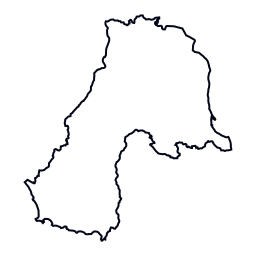 Nicoya, Guanacaste, Costa Rica (Robinson projection)
{"feature_id": "36466004B54508558874137", "entity_name": "Nicoya", "entity_type": "district", "adm_level": 2, "iso_a3": "CRI", "parent_name": "Costa Rica", "parent_adm1": "Guanacaste", "projection": "robinson", "projection_center": [-85.463, 10.103], "detail": "fine", "context": "isolated", "style": "outline", "palette": "ink", "viewbox_px": 256, "rotation_deg": 0, "n_neighbors": 0, "source": "geoboundaries", "source_scale": "gbopen_adm2", "svg_char_len": 5823}
<svg xmlns="http://www.w3.org/2000/svg" viewBox="0 0 256 256"><path d="M207.7,61.2L205.9,58.7L205.0,58.2L203.2,56.2L198.8,52.7L194.9,52.0L193.1,50.6L192.8,50.3L193.1,45.7L193.6,43.8L194.9,41.2L194.6,39.9L189.5,36.9L186.2,35.4L182.4,28.5L174.0,26.3L166.9,26.0L166.1,26.4L164.9,29.4L163.4,29.4L162.8,29.2L162.1,28.4L162.0,26.7L161.6,26.2L160.8,25.8L158.1,26.1L155.9,24.9L155.1,23.8L155.1,22.3L155.9,21.8L156.7,23.8L157.2,23.6L158.1,21.1L157.1,19.9L159.3,18.6L159.2,17.4L155.2,17.8L153.5,19.3L152.0,19.7L151.1,19.7L149.1,19.1L146.0,19.5L145.2,18.6L143.5,17.5L142.7,15.4L140.4,15.5L139.3,16.5L136.6,16.6L136.2,18.0L135.1,18.9L134.4,20.2L134.4,22.7L134.2,23.0L133.6,23.0L132.3,22.4L131.0,19.9L130.2,19.9L129.6,20.8L128.9,21.1L129.1,22.0L129.7,22.8L129.5,23.6L128.7,23.7L127.9,24.9L127.0,25.3L125.9,24.4L124.3,24.1L123.6,22.4L121.2,22.4L120.3,21.2L118.8,21.2L118.0,20.5L114.7,20.5L113.2,19.5L111.4,19.6L110.3,19.9L107.7,21.5L105.9,21.3L105.4,22.6L105.5,24.4L106.2,26.0L107.7,27.6L107.8,28.3L107.0,30.3L107.2,33.7L107.6,35.9L109.2,38.0L109.2,40.1L109.0,41.4L106.4,48.4L106.1,50.2L105.9,55.4L105.3,56.2L105.1,56.9L104.4,56.8L104.0,57.1L102.9,59.2L102.8,60.1L102.9,61.7L105.1,65.2L105.3,66.7L104.7,67.5L103.9,68.0L101.5,68.2L99.7,69.3L98.5,69.3L98.2,69.7L97.4,69.8L94.2,73.2L94.4,76.3L94.1,77.5L94.1,80.0L93.0,82.0L91.9,85.5L91.0,86.6L90.9,90.0L90.4,91.1L87.7,94.2L87.0,96.4L85.9,97.6L85.2,99.0L84.2,99.8L83.7,100.9L82.5,101.2L81.2,102.5L79.7,104.7L78.8,105.3L78.6,106.5L77.6,106.9L73.2,111.7L72.4,112.9L70.7,113.9L70.5,116.1L68.4,116.5L65.3,119.3L65.0,122.0L64.7,122.6L65.3,125.9L66.6,126.1L67.0,125.8L67.5,125.8L68.1,126.7L68.3,127.8L68.2,128.9L67.7,129.5L67.7,130.0L68.3,131.6L68.8,134.7L68.0,136.1L68.6,138.0L67.7,138.6L66.9,138.6L66.1,139.8L66.2,140.7L67.0,141.0L66.8,141.8L67.5,142.9L67.5,144.1L66.2,144.2L65.5,145.5L64.3,145.2L62.4,146.1L60.8,146.4L60.6,149.4L59.3,150.5L57.8,150.3L56.0,149.1L55.3,149.1L54.3,149.8L54.4,151.4L53.3,153.3L53.2,154.9L52.7,155.6L52.9,156.4L53.4,156.8L53.4,157.4L52.8,158.5L51.9,159.2L50.2,161.8L49.1,162.9L48.8,166.5L47.9,167.3L46.4,168.0L44.2,170.0L41.3,170.6L39.4,170.3L39.1,171.0L39.1,172.5L38.6,173.6L38.8,175.9L37.4,176.0L36.9,177.0L36.1,177.8L35.1,178.1L35.4,181.1L34.7,183.2L33.8,183.3L33.3,182.4L32.5,182.7L27.5,179.8L24.7,182.2L28.5,186.9L29.2,188.5L30.5,190.6L31.3,192.8L31.3,194.0L33.6,197.3L33.4,198.9L32.7,199.1L32.7,199.5L33.3,200.4L34.3,201.0L36.5,204.5L38.5,210.3L38.7,216.3L38.3,217.3L37.3,218.3L35.6,218.9L35.7,219.5L36.4,220.6L36.9,220.9L39.3,220.7L41.2,221.1L42.9,223.1L44.0,222.0L43.7,221.0L43.1,220.5L43.3,219.9L44.5,219.3L44.8,218.9L48.1,219.0L50.4,220.4L50.9,221.0L52.3,223.3L52.2,224.1L51.8,224.6L51.8,224.9L53.1,225.9L54.4,225.6L56.5,225.7L60.3,227.1L61.0,228.1L63.0,227.7L64.5,226.5L66.2,226.6L66.7,227.2L66.4,228.0L66.5,228.5L66.9,229.0L67.9,229.2L68.8,230.3L73.6,230.7L75.3,231.4L76.1,232.5L76.7,232.8L77.4,232.6L78.0,231.7L78.7,231.4L81.2,231.4L84.1,232.5L85.6,234.1L87.9,234.3L88.8,234.0L90.9,234.1L91.8,233.6L92.4,232.7L94.4,231.4L97.2,231.7L98.6,232.6L99.2,233.5L101.5,235.9L101.7,236.8L100.9,238.9L101.6,240.6L102.3,240.6L103.9,238.9L105.3,239.5L105.4,238.3L105.0,237.7L106.7,235.4L106.8,233.9L107.2,232.9L107.9,232.4L108.1,231.7L110.0,231.0L110.0,229.7L110.9,227.5L112.9,227.8L114.2,228.7L115.2,228.7L116.3,226.9L117.3,226.3L118.3,223.4L118.9,222.2L119.1,222.2L119.3,220.7L118.3,218.2L118.5,215.0L117.9,214.1L116.8,213.3L116.3,211.9L116.3,210.1L117.9,207.4L118.5,205.9L118.6,203.0L119.6,202.3L119.6,201.1L120.9,199.5L121.2,198.5L119.7,197.0L120.0,196.0L119.6,194.8L119.7,190.1L118.6,188.5L118.3,186.2L116.4,183.9L116.5,182.3L115.5,180.1L115.8,178.9L117.7,176.4L117.8,175.1L116.1,172.4L116.7,170.5L116.7,169.4L116.2,167.8L115.5,166.7L115.5,165.0L116.7,162.0L117.9,161.3L119.6,159.1L119.9,157.7L119.6,155.8L120.6,153.5L121.0,152.0L121.7,151.1L123.6,150.3L124.6,148.1L125.2,147.8L126.3,145.8L126.2,143.3L124.7,141.6L125.4,137.1L127.8,135.6L129.5,134.0L131.4,133.5L133.8,131.7L134.6,130.6L135.8,129.8L137.0,129.9L138.2,131.2L139.3,130.7L142.3,130.4L144.6,131.5L145.4,132.5L148.0,132.8L149.2,133.2L149.3,134.1L150.0,135.1L151.2,135.7L151.7,136.3L151.4,137.3L149.8,137.1L149.6,137.6L152.1,139.2L152.1,140.1L152.6,141.0L154.2,142.1L154.4,142.5L154.4,143.0L153.5,143.0L152.3,143.8L150.5,144.1L150.1,144.5L150.1,144.8L152.5,146.7L155.7,150.8L158.2,153.3L158.9,153.6L162.1,154.2L165.1,154.0L167.0,155.3L168.6,155.3L169.2,155.9L170.3,156.1L170.4,157.3L172.6,157.5L173.5,158.3L177.3,158.2L177.6,156.7L179.7,155.3L179.7,153.9L179.3,153.9L177.5,151.9L177.5,150.8L178.0,149.4L177.8,147.5L176.9,146.4L176.6,144.9L175.5,144.9L176.4,143.2L178.4,142.9L179.3,142.3L180.3,142.6L181.9,142.6L182.4,143.0L182.7,143.9L183.5,144.4L185.0,144.0L186.0,144.1L186.5,144.9L186.4,146.3L187.5,147.2L188.1,147.2L188.4,146.6L191.1,148.0L192.0,148.0L192.0,146.3L195.3,145.8L195.8,146.4L196.2,147.9L197.3,147.3L197.7,147.5L198.1,148.9L198.9,148.9L200.4,148.3L201.9,148.3L203.1,147.3L204.7,146.5L205.1,146.0L205.1,144.7L205.6,143.5L206.3,142.7L207.3,142.3L207.9,141.2L208.3,141.1L209.1,141.9L211.1,141.3L212.1,141.3L212.7,141.7L212.9,142.5L214.2,144.6L217.1,147.4L220.3,148.3L221.1,150.3L223.2,150.3L224.9,151.0L226.1,150.4L228.7,150.3L231.3,149.6L231.1,147.5L230.7,146.6L230.9,145.1L230.4,141.9L228.6,137.3L228.3,136.9L226.7,137.3L225.2,137.1L224.3,136.5L222.1,135.7L218.7,133.5L217.2,132.9L215.3,131.5L214.5,130.0L212.3,127.0L212.2,125.3L211.5,125.5L211.3,125.2L211.4,122.5L211.1,119.8L211.6,116.6L212.0,116.8L213.3,119.0L215.0,119.8L215.3,119.5L214.9,118.4L213.9,117.5L212.2,115.2L210.0,110.1L209.2,109.0L209.4,107.4L209.1,104.4L208.5,102.9L208.6,102.1L208.3,101.1L208.4,97.9L207.8,95.7L207.8,93.9L208.3,91.6L208.4,89.2L209.0,87.7L209.3,84.5L209.3,83.0L208.4,79.6L208.3,77.0L209.2,72.8L210.1,71.3L210.3,70.2L209.0,66.2L209.0,65.5L207.7,61.2Z" fill="none" stroke="#020617" stroke-width="2"/></svg>